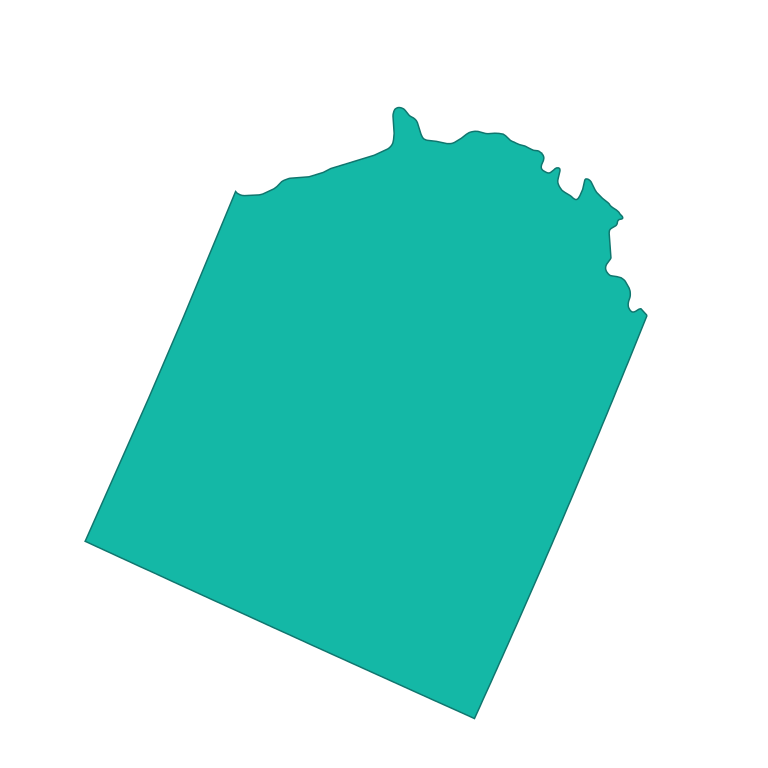 an SVG outline of Al Wadi at Jadid, rotated 292°
{"feature_id": "EGY-1550", "entity_name": "Al Wadi at Jadid", "entity_type": "Governorate", "adm_level": 1, "iso_a3": "EGY", "parent_name": "Egypt", "parent_adm1": "", "projection": "orthographic", "projection_center": [30.896, 24.831], "detail": "fine", "context": "isolated", "style": "filled", "palette": "teal", "viewbox_px": 768, "rotation_deg": 292, "n_neighbors": 0, "source": "natural_earth", "source_scale": "10m", "svg_char_len": 4167}
<svg xmlns="http://www.w3.org/2000/svg" viewBox="0 0 768 768"><g transform="rotate(292 384 384)"><path d="M124.0,212.3L124.3,205.6L125.5,180.2L126.1,168.7L126.2,165.8L127.5,165.9L282.3,171.1L371.0,173.0L506.9,174.3L506.1,175.9L505.8,176.8L505.5,179.7L505.7,181.8L506.4,184.1L512.6,197.5L513.8,199.2L514.8,200.5L523.7,208.8L527.0,210.8L533.2,213.3L534.3,214.1L535.5,215.1L538.7,218.6L539.5,219.7L548.0,236.8L557.4,248.4L563.8,253.9L592.4,289.2L603.2,299.3L603.9,299.8L605.1,300.5L606.7,301.2L607.7,301.5L609.0,301.8L610.9,301.9L614.2,301.3L620.2,299.5L635.7,292.0L637.5,291.4L640.6,291.0L641.8,291.1L642.8,291.2L643.5,291.6L644.2,292.1L644.9,292.7L645.5,293.4L645.9,294.2L646.2,295.0L646.5,296.5L646.5,298.1L646.4,299.1L646.2,299.9L645.5,301.4L642.7,306.3L642.4,307.2L642.1,308.1L641.7,311.7L641.2,313.4L640.9,314.1L640.5,314.9L640.0,315.7L638.8,317.1L629.5,324.7L627.5,326.8L626.5,328.3L626.2,329.0L626.1,329.8L626.0,331.4L626.1,332.6L628.6,341.7L630.5,352.5L631.6,355.2L632.2,356.3L632.9,357.3L634.3,358.8L640.9,363.7L646.5,366.9L648.9,368.7L650.3,370.3L651.5,372.1L652.4,373.7L653.4,376.5L654.3,384.2L654.6,385.3L655.0,386.6L658.0,392.7L659.4,396.7L660.0,399.5L660.1,399.9L660.3,400.9L659.7,403.8L657.2,410.0L656.9,413.0L657.0,413.2L657.0,414.2L656.8,415.8L656.7,420.0L657.4,425.2L657.4,426.1L657.0,429.9L656.9,431.6L656.8,432.5L656.7,434.9L656.9,435.9L657.8,439.0L657.9,440.4L657.2,443.1L657.1,443.9L656.4,444.5L656.2,445.1L655.6,445.9L654.9,446.6L654.1,447.2L653.3,447.6L652.5,447.8L650.8,448.1L646.4,448.0L644.7,448.3L643.9,448.6L643.2,449.0L642.6,449.5L642.3,449.9L642.1,450.2L641.6,451.2L641.2,453.5L641.0,455.7L641.1,457.0L641.5,458.0L642.1,458.8L642.9,459.4L646.0,461.2L647.6,461.9L648.4,462.5L649.1,463.2L649.7,464.6L649.7,465.6L649.3,466.4L648.5,466.9L647.6,467.3L639.2,468.6L637.4,469.0L636.6,469.4L635.8,469.8L635.0,470.4L633.5,471.8L632.2,473.4L630.6,475.9L630.2,476.6L629.4,479.9L628.5,485.7L628.0,487.7L627.4,489.0L627.1,490.1L626.7,491.9L627.0,493.1L627.6,493.9L628.3,494.3L629.1,494.6L631.9,495.1L638.9,495.3L648.2,493.8L649.0,493.9L649.7,494.3L650.2,495.6L650.3,496.8L650.0,498.2L649.6,499.2L649.0,500.3L643.1,506.9L641.3,509.4L638.0,517.0L636.0,523.8L635.4,525.2L635.2,525.6L634.5,526.4L633.8,527.9L633.2,530.0L632.4,534.2L631.7,536.3L631.1,537.7L630.4,538.5L630.0,539.2L628.6,542.2L627.9,542.9L627.2,543.2L626.5,543.0L625.9,542.4L625.0,541.0L624.4,540.3L623.7,539.9L622.8,539.7L622.0,539.7L620.1,540.1L619.2,540.1L618.2,539.9L617.4,539.5L614.2,537.0L612.7,536.0L611.8,535.7L611.0,535.6L610.1,535.7L608.1,536.3L586.1,547.1L585.3,547.2L584.6,547.1L578.6,545.6L577.0,545.5L576.1,545.6L575.2,545.8L574.3,546.1L573.4,546.6L572.4,547.4L571.4,548.5L570.2,550.5L569.7,551.7L569.4,552.8L569.4,553.6L569.7,555.2L570.8,559.7L571.3,563.8L571.3,564.2L570.7,566.7L570.3,567.9L569.7,569.1L564.8,575.3L562.4,577.3L561.3,577.9L559.6,578.7L557.9,579.3L556.2,579.6L552.7,579.8L550.9,580.1L549.2,580.6L547.4,581.5L546.5,582.2L545.6,583.2L544.5,584.7L544.0,585.9L543.8,586.9L543.9,587.7L544.3,588.5L544.9,589.3L545.6,590.0L548.7,592.2L549.4,593.0L549.9,593.8L550.0,594.0L549.8,594.5L546.4,601.6L545.5,602.2L542.8,602.2L536.0,602.2L529.2,602.2L522.4,602.2L515.5,602.2L508.7,602.2L501.9,602.2L495.1,602.2L488.3,602.1L481.5,602.1L474.7,602.1L467.9,602.0L461.1,602.0L454.3,602.0L447.5,601.9L440.7,601.9L433.8,601.8L427.0,601.7L420.2,601.7L413.4,601.6L406.6,601.5L399.8,601.4L393.0,601.3L386.2,601.2L379.4,601.1L372.6,601.0L365.8,600.9L359.0,600.8L352.2,600.7L345.4,600.6L338.6,600.4L331.7,600.3L325.0,600.2L318.2,600.0L311.3,599.9L304.5,599.7L297.8,599.6L291.0,599.4L284.2,599.2L277.4,599.1L270.6,598.9L263.8,598.7L257.0,598.5L250.2,598.3L243.4,598.1L236.6,597.9L229.8,597.7L223.0,597.5L216.2,597.3L209.4,597.1L202.6,596.8L195.9,596.6L189.1,596.4L182.3,596.1L175.5,595.9L168.7,595.6L161.9,595.4L155.1,595.1L148.4,594.9L141.6,594.6L134.8,594.3L128.0,594.0L121.2,593.8L114.5,593.5L107.7,593.2L108.6,571.2L109.4,549.2L110.3,527.2L111.2,505.2L112.1,483.2L113.0,461.2L113.9,439.2L114.8,417.2L115.8,395.2L116.7,373.2L117.7,351.2L118.7,329.2L119.6,307.3L120.6,285.3L121.6,263.3L122.7,241.3L123.3,226.5L124.0,212.3Z" fill="#14b8a6" stroke="#0f766e" stroke-width="1.5"/></g></svg>